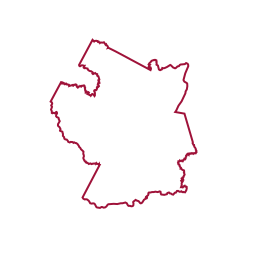 outline of São Gabriel da Cachoeira, Amazonas, Brazil, rotated 28°
{"feature_id": "56859067B34307291662166", "entity_name": "São Gabriel da Cachoeira", "entity_type": "district", "adm_level": 2, "iso_a3": "BRA", "parent_name": "Brazil", "parent_adm1": "Amazonas", "projection": "natural_earth1", "projection_center": [-67.662, 0.359], "detail": "fine", "context": "isolated", "style": "outline", "palette": "rose", "viewbox_px": 256, "rotation_deg": 28, "n_neighbors": 0, "source": "geoboundaries", "source_scale": "gbopen_adm2", "svg_char_len": 5834}
<svg xmlns="http://www.w3.org/2000/svg" viewBox="0 0 256 256"><g transform="rotate(28 128 128)"><path d="M138.0,212.7L140.8,211.7L141.7,210.2L142.3,209.9L144.0,209.7L145.2,208.7L145.8,207.3L146.0,205.6L146.4,204.6L150.9,201.7L154.2,200.2L156.9,197.9L158.5,197.0L160.7,195.0L162.2,195.0L164.2,196.3L165.0,196.5L166.4,195.8L167.6,195.6L168.4,195.1L168.9,194.5L169.0,193.7L168.3,192.1L167.4,191.1L167.3,190.6L168.5,187.9L169.6,188.0L171.7,187.6L174.1,188.6L174.7,188.5L175.3,187.8L175.6,186.7L175.8,183.9L176.6,182.4L177.6,181.2L177.4,180.5L176.3,180.8L176.2,180.4L177.3,177.8L177.2,177.0L176.6,176.1L176.6,175.5L176.8,175.1L178.0,174.5L179.4,173.2L180.8,172.5L182.0,171.4L184.4,170.6L185.7,169.1L186.6,169.0L187.9,170.7L188.6,171.1L191.4,170.0L193.4,168.2L193.3,166.9L194.2,165.9L194.6,165.7L195.5,166.1L196.5,165.7L198.1,165.9L199.2,165.6L199.7,163.2L200.6,162.6L200.8,160.6L201.8,160.0L203.4,160.1L203.9,159.9L204.9,158.8L205.6,159.1L206.7,158.9L206.9,158.5L208.6,158.0L208.7,155.6L208.2,153.7L207.4,152.4L206.8,152.4L206.5,152.8L206.1,152.9L205.2,152.3L204.5,153.4L204.3,154.7L203.8,155.0L203.2,154.7L202.6,155.2L202.2,153.0L201.0,151.2L200.6,151.5L201.2,150.9L201.4,149.7L200.7,149.6L200.5,150.1L199.8,149.6L201.2,147.9L200.8,147.4L199.6,147.0L199.3,147.1L199.2,147.6L199.0,147.4L199.4,146.7L199.4,146.3L199.9,146.2L199.8,145.4L200.1,144.9L199.7,144.1L199.9,142.7L199.7,142.3L199.0,141.9L198.6,141.1L198.2,140.9L198.2,140.4L197.5,139.3L197.0,139.1L196.4,139.4L194.8,139.3L193.8,138.5L193.4,139.0L193.0,138.2L191.6,137.6L191.2,136.7L190.6,136.3L189.8,136.5L189.2,136.1L189.3,135.7L188.9,135.1L188.5,135.0L188.6,134.3L188.1,133.8L188.3,133.6L188.7,133.8L189.4,132.8L189.3,132.5L189.7,132.6L190.3,131.9L191.0,131.9L191.1,131.4L191.6,131.4L191.8,131.8L192.0,131.7L191.8,130.5L192.2,129.6L192.6,129.4L192.3,128.8L192.6,128.7L193.0,129.0L193.2,128.8L193.2,128.0L192.9,127.8L193.0,127.5L192.6,127.0L192.9,125.9L192.3,125.2L192.5,124.7L192.4,124.0L192.8,123.8L192.6,123.4L193.1,122.8L193.4,122.9L193.2,122.6L193.8,122.4L193.9,121.7L194.4,121.6L194.8,122.0L195.5,120.6L196.2,120.7L196.5,120.1L197.2,120.2L197.7,119.6L197.9,119.8L198.2,119.1L198.8,119.1L199.6,118.6L199.4,117.9L199.7,117.8L199.8,117.1L199.3,116.9L199.0,115.9L198.1,115.5L197.9,114.9L196.6,113.9L195.3,113.4L194.3,112.0L193.8,112.2L192.1,111.0L192.0,110.2L171.1,88.8L162.2,91.7L162.4,90.0L162.1,84.6L162.8,79.3L162.4,70.5L161.7,68.6L161.8,66.3L160.8,63.3L159.5,61.1L158.8,60.7L156.1,60.6L154.8,59.9L154.4,59.3L152.9,52.9L152.2,45.1L151.4,43.9L150.5,43.3L148.8,43.4L148.2,44.9L144.6,47.3L144.2,47.9L143.9,49.5L142.8,50.4L142.0,52.7L141.5,53.2L139.5,53.4L136.5,52.5L135.7,52.5L133.8,55.8L132.2,57.9L131.3,58.6L130.1,58.9L130.4,60.3L130.2,60.7L129.8,60.9L129.4,61.7L129.0,61.9L127.8,61.8L125.1,58.8L123.4,58.7L122.8,57.1L122.3,56.8L122.0,55.8L121.3,55.0L120.6,55.3L120.3,55.0L119.7,55.2L119.0,56.0L118.7,56.0L117.3,57.6L116.9,59.7L116.5,60.5L116.4,62.0L117.7,61.9L117.3,63.5L117.6,64.5L118.2,64.5L118.9,63.9L119.5,63.9L120.2,64.6L119.8,65.3L120.6,65.5L120.7,66.3L81.0,66.2L73.0,66.4L72.7,66.7L72.7,66.2L71.4,65.2L70.4,64.9L70.2,65.1L69.8,65.0L69.5,64.7L69.4,65.1L69.1,65.0L69.0,64.5L68.7,64.7L66.5,63.6L65.9,64.3L63.5,65.5L63.3,66.1L62.9,65.8L61.5,66.1L61.4,65.6L60.8,65.8L60.4,65.5L60.1,65.8L59.2,65.8L57.8,66.7L57.5,67.5L57.1,67.3L56.1,67.5L55.7,67.3L55.9,67.0L55.3,66.8L55.2,95.3L55.7,95.9L56.4,96.1L56.8,95.9L57.5,94.6L58.2,94.1L59.2,93.8L59.6,94.0L60.4,93.5L60.5,95.5L61.4,95.7L61.9,95.2L64.4,94.5L65.1,95.2L66.0,95.6L67.7,95.6L68.8,95.2L70.6,95.4L71.0,95.6L71.0,96.6L71.8,96.8L73.2,94.9L73.9,95.2L75.5,94.9L76.1,96.0L76.5,96.0L76.7,96.4L77.6,96.3L80.0,98.7L80.0,99.2L79.4,99.8L79.9,100.4L81.2,101.0L81.6,101.6L80.6,102.2L80.8,103.5L81.3,103.5L82.7,104.7L82.4,105.8L81.5,105.8L81.5,106.9L82.1,107.7L82.3,108.9L82.0,109.7L81.7,109.9L81.2,109.8L80.7,110.4L80.7,111.2L82.3,112.5L83.5,114.9L83.4,115.5L82.8,115.1L80.9,114.6L80.4,114.8L80.0,116.9L79.7,116.7L78.7,117.0L78.5,116.7L77.6,116.8L76.9,117.0L76.4,117.0L76.8,116.3L76.6,115.6L76.8,115.1L76.2,114.9L75.3,115.7L74.7,115.4L74.7,115.9L74.0,116.6L73.6,115.9L72.1,114.4L72.0,113.8L71.0,112.9L71.0,112.2L70.1,111.9L69.7,111.1L69.3,111.0L68.6,111.4L68.1,112.1L67.5,112.3L67.2,112.6L67.2,113.4L66.0,113.4L66.0,113.9L65.0,114.5L64.9,115.4L64.4,115.4L64.4,115.8L63.3,115.5L62.5,114.2L61.6,114.0L61.1,114.2L61.1,114.7L60.1,115.2L59.8,116.4L59.2,116.5L58.8,116.1L56.5,118.4L56.4,117.9L55.7,117.6L55.4,117.9L55.0,117.7L53.5,118.3L53.2,117.9L52.4,117.8L52.0,118.7L51.4,119.2L50.4,118.9L50.2,118.4L49.2,118.5L49.5,118.9L49.3,119.5L48.5,119.9L48.2,119.7L48.1,119.0L47.4,119.0L47.3,141.0L48.6,141.1L49.4,141.7L49.7,142.3L49.6,143.8L49.7,144.3L50.6,144.6L51.0,145.0L51.4,147.9L52.8,148.9L53.7,150.5L54.3,150.5L55.0,149.6L56.4,149.4L57.0,147.7L57.3,147.4L57.9,147.6L58.5,148.5L58.4,150.0L58.9,151.3L60.0,151.8L61.7,151.6L62.3,152.0L62.8,152.8L64.5,154.0L64.4,157.5L65.0,158.7L65.6,159.1L66.9,159.3L68.5,160.3L69.0,160.8L69.1,162.1L69.4,162.4L71.6,162.1L72.1,162.3L72.6,163.1L73.4,163.8L74.2,165.5L75.9,166.1L76.8,167.3L77.9,167.5L79.4,167.0L80.9,167.6L81.8,168.3L83.4,168.1L83.9,167.2L85.5,166.5L86.7,166.7L86.8,166.2L87.4,165.9L88.6,166.0L89.5,165.6L91.1,165.9L93.3,167.1L93.9,167.7L95.1,167.9L96.4,168.8L99.7,169.7L100.7,171.9L101.7,172.7L102.4,173.8L102.6,175.4L103.0,175.9L104.7,177.2L104.9,177.1L105.3,177.5L106.4,177.9L106.6,177.6L107.3,178.1L107.6,177.8L108.1,178.1L108.9,177.8L110.3,178.2L111.3,177.0L112.7,177.0L113.1,176.4L113.4,176.4L114.2,175.6L115.5,175.0L115.6,174.7L116.1,174.5L116.4,174.7L116.5,174.0L117.1,174.4L117.4,174.1L118.4,173.7L118.6,174.0L119.4,174.0L119.7,174.2L119.7,173.9L119.9,174.2L120.3,174.0L120.5,210.7L121.8,211.4L123.3,211.4L124.4,210.6L125.7,210.3L127.8,210.8L130.0,212.2L131.5,211.8L132.4,211.0L133.3,210.6L134.5,210.8L137.1,212.6L138.0,212.7Z" fill="none" stroke="#9f1239" stroke-width="2"/></g></svg>